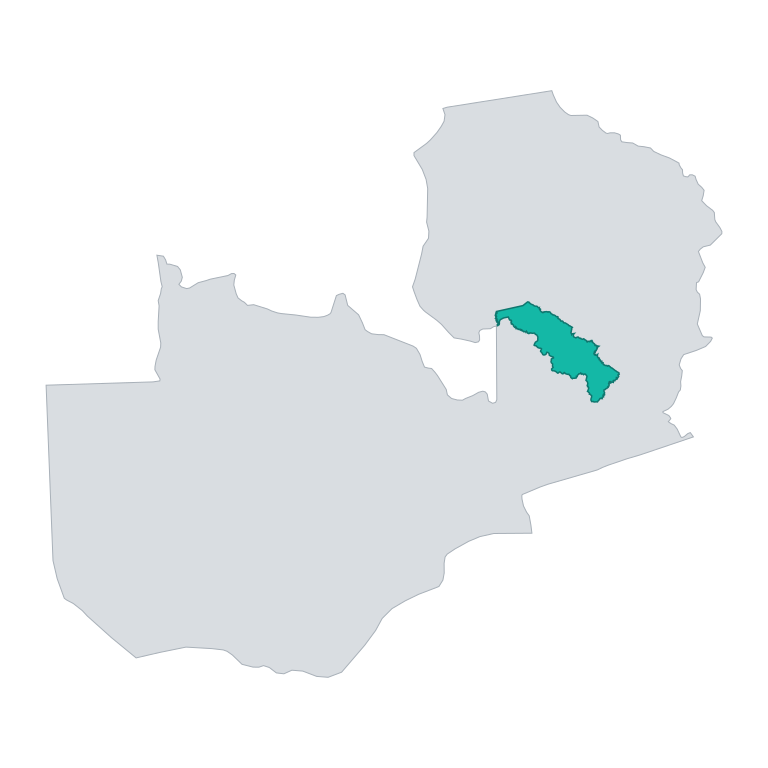 location of Lavushimanda, Muchinga, Zambia
{"feature_id": "96606910B97886687400536", "entity_name": "Lavushimanda", "entity_type": "district", "adm_level": 2, "iso_a3": "ZMB", "parent_name": "Zambia", "parent_adm1": "Muchinga", "projection": "orthographic", "projection_center": [31.015, -12.593], "detail": "fine", "context": "in_parent", "style": "filled", "palette": "teal", "viewbox_px": 768, "rotation_deg": 0, "n_neighbors": 0, "source": "geoboundaries", "source_scale": "gbopen_adm2", "svg_char_len": 9784}
<svg xmlns="http://www.w3.org/2000/svg" viewBox="0 0 768 768"><path d="M531.9,533.2L493.7,533.5L479.9,536.6L468.5,541.4L455.0,548.9L447.2,554.1L445.1,557.0L444.1,563.3L444.2,573.0L442.9,580.1L438.9,586.5L418.4,594.4L405.1,600.9L392.0,608.6L382.2,618.4L375.6,630.5L364.6,645.4L341.6,672.2L328.1,677.3L316.7,676.4L302.8,671.1L291.9,670.2L283.9,673.8L276.4,672.9L269.3,667.5L263.5,665.6L258.9,667.2L253.0,667.1L242.0,664.3L232.4,655.0L227.1,651.3L223.2,649.9L211.9,648.6L186.0,647.1L159.4,652.5L136.1,657.9L111.4,637.6L87.4,616.1L82.3,610.6L73.3,603.5L66.8,600.1L64.3,598.3L57.2,578.7L53.0,560.6L46.1,385.2L153.0,381.9L159.8,380.9L160.1,379.1L154.9,369.8L155.0,366.5L156.2,360.1L160.6,347.2L160.8,343.0L158.2,329.2L158.2,321.5L159.1,305.8L158.2,300.6L160.6,293.5L161.3,288.8L162.2,286.7L160.9,281.4L158.3,262.9L156.9,255.2L163.4,256.2L165.6,259.9L166.9,264.1L169.9,264.2L177.6,266.5L180.3,269.9L182.3,277.3L181.3,281.1L178.9,284.3L181.4,286.9L186.6,288.6L189.6,288.0L198.2,282.7L206.1,280.6L210.2,279.2L228.0,275.5L231.5,273.6L234.0,273.5L235.8,275.0L234.3,280.2L233.8,285.0L236.2,293.8L238.0,297.9L241.7,300.8L244.4,302.3L247.5,305.4L253.7,304.7L267.5,309.0L271.7,311.0L277.5,312.9L281.6,313.6L295.7,315.0L310.6,317.2L318.3,317.3L323.8,316.6L327.6,315.2L330.0,313.8L331.0,312.5L336.4,295.6L339.2,294.3L342.9,293.3L345.1,294.9L347.7,305.4L358.6,314.8L362.4,322.8L365.1,329.7L367.5,331.5L371.6,333.8L378.2,334.6L384.0,334.7L413.1,346.1L416.4,348.3L420.0,354.5L422.2,361.5L424.5,367.1L428.3,368.1L431.6,368.5L435.0,372.3L437.5,375.6L446.2,389.4L447.4,394.9L451.6,398.5L457.3,400.0L462.5,400.2L465.5,398.5L472.8,395.6L478.6,392.3L482.8,391.2L485.3,391.9L487.2,394.1L488.5,401.0L492.6,403.3L495.6,402.4L496.8,399.7L496.8,398.3L496.4,326.1L493.8,326.6L490.4,328.7L482.8,329.0L479.8,330.5L478.8,332.8L479.5,335.8L479.6,339.9L478.5,341.8L475.2,342.6L470.3,341.1L461.4,339.1L454.1,337.9L448.7,332.5L441.5,324.4L436.8,320.3L425.4,311.9L423.5,310.2L420.0,306.3L417.0,299.5L414.1,291.7L412.5,286.8L415.2,279.1L421.6,254.0L423.1,246.2L428.5,238.3L428.9,231.2L426.6,222.1L427.1,217.1L427.7,188.5L426.1,179.4L422.3,169.5L414.0,155.6L414.0,152.6L426.6,143.4L430.3,140.0L436.9,132.6L441.3,126.3L444.1,121.2L445.0,114.7L442.9,108.5L447.2,107.2L551.8,90.7L553.3,95.0L556.5,102.1L560.1,107.3L564.6,111.9L568.4,114.6L570.9,115.5L587.0,115.2L592.8,118.0L597.9,121.5L599.1,127.0L602.4,130.4L606.0,133.1L607.5,133.5L610.2,132.8L614.5,132.8L618.5,134.0L620.4,135.2L620.6,139.8L621.8,141.8L627.2,142.6L632.7,143.0L638.1,146.1L643.9,146.7L650.5,148.0L653.7,151.4L660.8,154.8L669.5,158.0L679.0,163.1L679.2,164.7L680.8,167.7L682.5,169.8L682.6,173.0L683.4,175.9L685.8,176.7L687.9,176.9L689.8,174.8L692.3,174.8L695.1,176.2L696.1,179.6L698.2,184.2L701.7,187.3L704.1,190.3L703.2,195.7L701.7,200.7L706.5,205.7L712.7,210.4L714.3,212.5L714.8,219.5L715.7,221.8L719.9,227.6L721.9,231.5L721.8,233.7L710.3,245.1L703.3,246.8L700.3,249.1L698.4,251.5L702.8,262.9L705.2,267.3L703.2,272.7L698.6,281.8L696.5,282.6L696.1,289.6L697.4,292.2L699.6,294.2L700.5,298.9L700.3,310.6L697.3,324.0L702.3,335.6L704.0,336.9L711.1,337.1L712.3,338.1L710.6,341.4L705.6,346.5L696.6,350.3L683.7,354.6L681.0,358.8L679.2,364.9L680.6,368.5L682.3,370.6L681.7,376.0L680.6,381.6L680.9,386.0L680.3,390.0L678.6,391.9L676.3,397.8L673.5,403.7L671.3,406.4L668.0,409.2L662.9,411.6L663.0,412.7L668.8,415.5L670.2,417.4L670.8,418.7L668.3,421.7L671.0,423.6L674.2,425.1L677.2,429.1L680.7,436.6L681.3,437.3L682.3,437.4L684.2,436.6L687.8,433.6L690.3,432.6L693.4,436.9L639.8,455.0L627.2,458.7L608.4,465.1L602.3,467.5L597.4,469.9L547.7,484.3L539.9,487.1L522.3,494.5L521.8,495.7L522.0,499.1L523.5,506.0L526.6,512.2L529.2,515.8L530.9,525.1L531.9,533.2Z" fill="#d9dde1" stroke="#a8b0b8" stroke-width="1"/><path d="M591.7,401.6L593.3,401.5L593.5,401.8L594.6,402.0L596.1,401.8L597.5,401.9L597.8,401.3L599.4,399.6L599.8,398.7L600.4,398.3L600.6,398.5L602.2,398.6L602.0,397.9L602.1,397.5L603.6,396.8L603.0,395.8L603.1,395.3L603.9,395.3L604.6,394.8L604.5,394.1L603.9,393.9L604.4,393.4L604.6,392.7L603.9,391.3L604.0,390.0L604.2,389.7L605.1,389.6L605.9,388.6L606.7,388.5L607.2,388.0L608.2,387.3L608.2,387.1L607.8,386.7L608.1,386.4L608.9,386.1L609.2,384.7L608.6,383.7L608.7,383.3L608.9,383.0L609.7,383.1L610.0,382.9L609.2,382.2L609.3,381.7L610.0,381.5L610.7,381.8L610.8,382.2L610.6,382.8L610.8,383.0L611.6,382.1L612.4,382.1L613.3,382.4L613.4,381.4L613.2,380.8L613.4,380.5L613.9,380.4L614.8,380.8L615.3,379.8L616.6,379.2L616.3,378.7L616.4,377.5L616.8,377.6L616.8,378.7L617.3,378.8L617.5,378.1L618.7,376.4L618.1,375.4L618.0,374.9L618.8,374.6L619.2,374.2L618.9,373.7L619.0,373.0L618.8,372.7L616.7,371.6L616.1,371.0L615.4,370.7L612.0,368.0L611.2,367.8L610.1,366.7L609.7,366.6L609.2,365.9L608.4,365.6L607.7,366.2L607.4,366.2L606.9,365.5L605.2,365.5L604.7,365.1L604.2,365.1L603.8,364.4L603.3,364.4L603.0,363.5L603.1,362.7L602.5,362.5L602.0,362.7L602.1,362.3L601.7,362.0L601.7,361.5L601.2,361.8L600.7,361.4L600.7,360.8L600.4,360.7L600.5,360.5L599.9,360.0L600.1,359.9L600.0,359.6L599.5,359.5L599.4,359.0L599.2,359.1L599.3,358.4L598.5,358.1L598.6,357.8L598.2,357.8L598.1,357.5L597.5,357.0L597.5,355.8L597.3,355.1L597.5,354.5L596.4,355.3L595.9,355.3L595.8,355.1L595.2,355.1L594.9,354.7L595.0,354.5L594.6,354.6L594.6,354.2L594.0,354.0L593.9,353.6L594.2,352.8L594.6,352.5L594.4,351.9L594.9,351.6L595.0,351.3L595.2,351.5L595.2,351.2L595.4,351.0L595.3,350.9L595.6,351.0L595.7,350.8L596.0,350.7L595.9,350.5L596.3,350.2L596.4,349.7L596.8,349.5L596.9,348.3L597.2,348.3L597.4,347.7L597.0,347.8L597.1,347.3L597.5,347.3L597.6,347.0L597.4,346.8L598.4,346.6L598.9,346.2L596.4,345.7L595.9,345.5L595.8,345.2L595.3,345.6L595.0,345.5L594.6,344.0L592.6,342.4L592.4,341.2L591.9,340.5L591.3,341.2L591.2,340.8L590.9,340.7L590.6,341.3L589.8,341.3L589.6,341.6L589.1,341.2L588.5,341.4L587.9,341.3L587.8,341.6L587.2,342.0L586.8,341.7L586.5,340.9L585.6,340.0L584.8,339.8L584.3,339.1L583.4,338.8L582.9,339.3L582.6,339.3L581.0,338.8L580.7,338.2L579.7,338.3L578.7,337.6L578.3,337.1L577.2,337.1L575.9,337.9L573.9,337.0L573.3,335.9L573.7,334.0L574.2,333.5L572.3,333.8L571.7,334.5L571.6,333.7L570.9,332.8L570.9,332.3L571.3,331.8L571.2,331.1L571.7,329.6L571.6,328.8L571.7,328.2L572.4,327.4L572.0,327.1L570.1,326.1L569.8,325.7L568.8,325.6L568.3,324.8L565.4,323.0L563.5,322.7L563.3,322.0L562.6,321.1L561.6,321.0L561.2,321.2L560.8,321.1L560.3,319.9L560.0,319.8L559.7,319.2L558.1,318.6L557.9,318.3L558.1,317.9L557.9,316.8L557.5,316.6L556.3,316.7L555.4,315.7L554.5,315.2L554.0,315.0L553.6,315.1L553.0,314.7L552.5,314.7L552.3,314.3L550.8,313.5L550.5,312.5L549.7,311.9L548.8,311.8L548.1,312.1L547.9,311.8L547.3,311.9L546.5,311.6L544.3,311.9L544.1,311.8L543.7,312.0L543.8,312.3L543.1,312.6L542.7,312.3L542.3,312.5L541.9,312.0L541.3,311.8L540.4,310.8L540.1,309.8L539.9,309.7L540.3,309.3L539.8,309.1L539.9,308.9L539.5,308.8L539.1,307.9L539.2,307.6L538.9,307.7L538.1,307.5L537.4,306.6L536.8,306.2L535.4,306.2L534.1,305.8L533.1,304.9L531.2,304.2L530.0,303.4L529.6,302.8L529.1,302.7L528.9,302.1L527.6,301.9L522.9,305.6L496.4,311.5L496.3,312.1L497.0,312.7L497.0,313.0L496.7,313.5L495.9,313.3L495.9,313.8L495.5,314.3L495.9,314.9L495.8,315.4L495.6,315.3L495.8,315.5L495.5,315.7L496.5,316.3L496.1,316.9L495.8,317.0L495.9,317.4L495.6,317.4L496.1,317.6L496.3,317.9L496.0,317.9L496.2,318.5L495.9,318.6L496.2,318.8L495.9,318.8L496.5,319.6L496.3,319.8L496.4,320.0L496.1,320.1L496.2,320.7L496.7,320.7L496.5,320.9L496.7,321.4L497.3,321.3L497.5,321.6L497.3,322.1L497.9,322.0L498.1,322.2L497.8,322.5L498.1,322.9L497.9,324.1L497.7,324.0L497.3,324.5L497.4,325.7L497.7,325.7L497.9,325.4L499.1,324.7L499.4,323.6L499.2,323.2L499.4,322.4L499.3,321.9L499.9,320.3L500.4,319.6L503.7,317.9L508.3,317.0L509.5,319.8L509.9,320.1L510.8,320.0L510.9,320.4L511.4,320.7L511.5,321.1L511.1,321.8L511.4,322.0L511.1,322.7L511.3,322.8L511.3,323.7L511.6,323.7L511.8,324.1L512.3,323.9L512.8,324.6L513.1,324.7L513.6,325.4L513.5,325.9L514.5,327.2L515.3,327.6L515.6,326.9L515.9,327.4L516.2,327.4L516.1,328.5L516.5,328.4L517.0,328.8L517.6,328.6L518.2,329.4L518.6,329.1L519.4,329.5L520.0,329.2L521.2,329.6L520.9,329.9L520.5,329.8L520.4,330.0L521.2,330.4L521.7,330.2L521.7,330.6L522.6,330.7L522.9,331.2L523.6,331.3L523.8,331.5L523.6,331.6L523.8,331.8L524.5,331.5L525.3,331.9L525.8,331.6L526.0,332.1L526.4,331.4L526.6,331.9L527.2,332.1L527.7,332.8L527.6,333.1L528.8,333.6L529.4,333.4L529.8,332.9L530.4,333.1L530.8,332.8L532.0,333.3L534.4,333.1L534.8,333.4L535.4,334.4L536.4,334.7L537.0,335.2L537.3,336.0L537.7,336.4L537.9,337.5L537.8,338.3L537.8,340.2L537.3,341.0L535.4,342.2L534.4,344.2L534.1,345.2L535.0,345.7L536.2,345.8L537.7,347.5L538.2,347.5L538.6,347.9L539.9,348.2L540.7,348.2L541.5,348.7L541.4,349.4L540.7,350.6L540.6,351.5L541.0,351.8L542.0,353.0L542.8,354.5L543.3,354.9L544.7,354.9L545.4,354.6L546.1,354.1L546.8,352.3L547.7,352.4L548.1,352.6L549.1,353.5L549.3,355.2L550.9,356.2L553.2,357.0L553.5,357.4L553.5,358.0L551.9,358.6L551.3,359.1L551.4,360.0L551.0,361.7L551.4,362.8L552.6,363.9L552.5,366.3L553.2,367.3L551.6,369.0L551.7,370.0L552.2,370.6L552.6,370.8L554.2,370.8L554.8,371.1L555.9,371.6L557.6,373.1L558.3,373.0L559.4,372.0L560.0,371.9L562.3,373.8L563.5,373.6L563.9,372.8L564.3,372.5L564.7,372.7L565.2,373.5L566.1,373.9L567.4,374.3L569.0,374.3L569.6,375.5L570.5,375.9L570.9,377.6L572.3,378.7L572.6,378.3L575.1,378.2L576.3,377.9L576.4,377.3L576.9,376.8L576.5,376.3L577.3,376.1L577.6,375.1L578.5,374.4L578.8,373.8L579.9,373.8L580.7,373.0L581.4,374.1L582.0,373.6L582.6,374.1L583.2,374.2L583.6,374.7L584.4,374.1L585.0,374.0L585.5,374.3L587.0,376.2L586.0,380.4L587.3,381.6L587.5,382.3L587.8,383.5L587.3,385.4L587.6,385.4L587.6,386.7L588.3,386.9L588.7,388.0L588.1,390.1L587.5,391.4L588.1,391.7L588.8,392.5L589.2,392.7L589.5,393.5L589.4,394.2L590.0,394.2L591.7,395.8L591.5,397.5L591.1,398.4L590.9,400.0L591.7,401.6Z" fill="#14b8a6" stroke="#0f766e" stroke-width="1.5"/></svg>